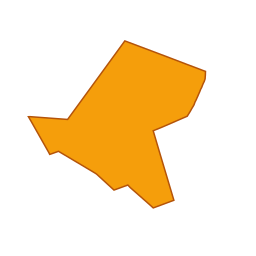 Bom Princípio do Piauí, Piauí, Brazil (Robinson projection), rotated 72°
{"feature_id": "56859067B36609863905827", "entity_name": "Bom Princípio do Piauí", "entity_type": "district", "adm_level": 2, "iso_a3": "BRA", "parent_name": "Brazil", "parent_adm1": "Piauí", "projection": "robinson", "projection_center": [-41.617, -3.159], "detail": "fine", "context": "isolated", "style": "filled", "palette": "amber", "viewbox_px": 256, "rotation_deg": 72, "n_neighbors": 0, "source": "geoboundaries", "source_scale": "gbopen_adm2", "svg_char_len": 734}
<svg xmlns="http://www.w3.org/2000/svg" viewBox="0 0 256 256"><g transform="rotate(72 128 128)"><path d="M185.5,144.2L207.1,131.4L211.8,128.7L211.5,120.8L210.9,106.7L160.5,105.5L138.4,104.9L137.7,95.2L135.1,68.0L133.7,66.4L132.3,64.7L130.8,63.0L129.3,61.4L127.5,59.3L126.3,58.0L124.1,56.3L122.2,54.4L120.5,52.9L119.3,51.8L117.8,50.5L115.7,48.6L113.6,46.9L112.3,45.5L110.3,43.9L108.7,42.5L107.3,41.1L105.1,39.5L103.1,38.7L101.7,38.1L100.0,37.5L98.1,36.8L96.7,38.6L84.6,53.7L74.9,65.7L44.2,104.1L75.5,147.3L101.2,182.8L87.0,217.5L86.5,219.2L91.6,218.1L123.0,211.7L126.9,210.9L128.9,210.6L128.9,208.7L128.7,201.3L160.2,173.7L162.0,172.2L182.7,160.5L182.2,145.8L185.5,144.2Z" fill="#f59e0b" stroke="#b45309" stroke-width="1.5"/></g></svg>